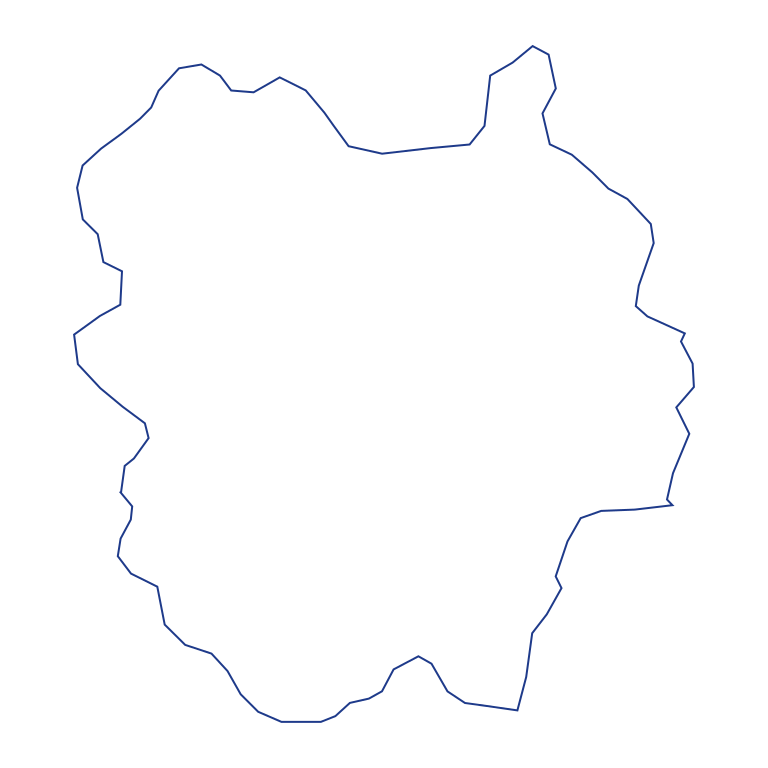 outline of Kinda, Östergötland, Sweden, rotated 180°
{"feature_id": "70781695B68012298271842", "entity_name": "Kinda", "entity_type": "district", "adm_level": 2, "iso_a3": "SWE", "parent_name": "Sweden", "parent_adm1": "Östergötland", "projection": "orthographic", "projection_center": [15.763, 58.024], "detail": "fine", "context": "isolated", "style": "outline", "palette": "blue", "viewbox_px": 768, "rotation_deg": 180, "n_neighbors": 0, "source": "geoboundaries", "source_scale": "gbopen_adm2", "svg_char_len": 1342}
<svg xmlns="http://www.w3.org/2000/svg" viewBox="0 0 768 768"><g transform="rotate(180 384 384)"><path d="M686.8,596.8L690.9,580.2L685.2,548.6L670.3,533.8L664.6,505.9L646.0,496.7L647.7,463.3L668.0,452.1L693.9,433.4L690.1,403.8L667.7,379.8L645.4,361.3L623.1,344.7L619.4,329.9L634.1,309.5L643.3,302.1L646.9,276.1L647.5,275.7L635.8,261.6L637.2,248.4L647.4,229.4L650.2,211.8L637.0,194.4L610.7,181.3L603.3,143.4L582.8,123.1L556.5,114.4L540.5,97.0L527.3,73.7L509.8,56.2L486.5,46.1L478.9,46.1L447.2,46.1L432.6,51.9L418.1,65.1L399.1,69.4L386.0,76.7L374.4,98.6L349.6,111.7L336.5,104.3L320.5,76.6L303.0,65.0L281.2,62.0L250.6,57.6L241.8,91.0L235.8,134.8L221.2,153.7L206.5,179.9L212.3,191.6L200.5,226.6L187.3,249.9L166.8,257.1L133.2,258.4L95.6,262.8L101.0,268.5L95.0,294.8L78.7,334.2L91.7,360.6L74.1,381.0L75.4,404.4L87.0,426.5L83.2,434.6L120.6,451.6L132.2,461.9L129.2,482.4L114.3,524.9L117.2,544.0L140.6,569.0L159.6,579.4L175.7,595.6L196.2,613.3L218.2,623.7L225.5,654.6L212.2,679.5L219.4,713.4L235.4,721.9L255.4,705.4L277.8,692.4L279.7,675.6L283.5,642.1L298.4,623.5L337.5,619.9L385.9,614.3L419.4,621.8L434.3,642.2L443.6,655.3L462.3,677.6L488.3,690.6L514.4,675.7L536.8,677.5L548.0,692.4L566.6,703.5L589.0,699.7L609.4,677.3L616.8,660.5L627.9,649.3L646.5,634.3L666.9,619.4L685.4,602.5L686.8,596.8Z" fill="none" stroke="#1e3a8a" stroke-width="2"/></g></svg>